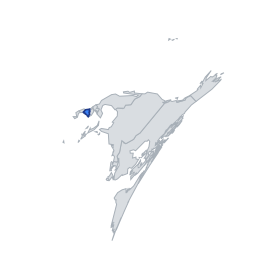 Nicaragua on a map of North America (Albers equal-area conic projection), rotated 125°
{"feature_id": "NIC", "entity_name": "Nicaragua", "entity_type": "country or territory", "adm_level": 0, "iso_a3": "NIC", "parent_name": "North America", "parent_adm1": "", "projection": "albers", "projection_center": [-84.819, 12.872], "detail": "fine", "context": "in_parent", "style": "filled", "palette": "blue", "viewbox_px": 256, "rotation_deg": 125, "n_neighbors": 17, "source": "natural_earth", "source_scale": "50m", "svg_char_len": 9676}
<svg xmlns="http://www.w3.org/2000/svg" viewBox="0 0 256 256"><g transform="rotate(125 128 128)"><path d="M87.1,112.3L83.7,109.9L81.3,109.0L81.1,107.2L77.9,104.3L78.9,102.6L72.5,97.3L69.8,97.7L65.5,95.3L67.2,87.5L72.8,89.3L82.2,90.4L83.6,90.1L86.5,91.3L88.2,91.1L88.3,91.7L91.9,91.9L99.8,93.6L101.5,94.2L99.6,94.3L102.0,94.8L106.5,95.0L107.9,95.6L109.3,95.4L108.0,94.9L108.9,94.7L111.5,94.9L117.5,96.2L121.3,96.3L121.2,95.8L122.4,95.8L124.4,96.1L124.3,96.8L126.8,95.6L124.0,94.7L124.1,94.0L125.6,93.6L128.6,94.1L130.3,94.9L129.2,95.2L131.6,95.4L131.5,96.2L133.3,95.6L134.8,96.1L134.4,96.7L135.7,97.2L138.0,96.0L138.0,95.2L141.8,95.4L143.5,95.7L142.6,96.5L143.4,97.3L137.7,97.7L135.7,99.2L131.3,100.1L126.5,102.5L125.9,104.5L127.8,104.7L129.0,106.5L142.3,108.8L142.6,110.9L145.6,113.3L147.3,111.7L145.6,109.3L150.0,107.1L147.3,104.8L148.8,103.6L147.7,101.3L153.3,101.0L159.0,102.0L159.5,104.1L161.7,104.7L165.6,102.3L170.1,105.4L169.6,106.1L175.7,107.4L178.0,108.7L178.3,110.0L172.6,112.9L164.0,113.7L157.8,118.4L165.9,114.8L167.2,115.3L165.9,116.2L167.0,118.5L168.9,119.1L171.1,118.7L172.4,117.1L173.5,118.4L166.1,122.2L165.0,122.2L164.9,121.1L167.2,119.8L163.4,120.3L162.4,117.8L160.4,117.4L157.4,120.8L152.7,121.0L142.3,125.8L141.3,125.4L142.7,123.2L142.1,120.8L134.1,116.9L129.6,117.1L125.3,115.3L87.1,112.3ZM140.0,101.3L141.0,100.9L142.8,100.9L141.2,101.6L140.0,101.3ZM145.4,93.3L144.0,92.8L149.9,93.1L147.2,93.2L145.4,93.3ZM145.7,102.0L145.3,101.3L146.2,101.5L145.7,102.0ZM127.7,91.9L127.0,92.1L123.7,91.7L126.2,91.5L127.7,91.9ZM127.5,90.6L124.5,90.5L124.2,90.4L126.8,90.5L127.5,90.6ZM121.4,89.8L125.3,90.2L123.1,90.3L121.4,89.8ZM145.3,92.0L129.3,92.0L127.4,91.2L123.3,90.8L130.3,91.1L133.4,91.7L143.6,91.7L145.3,92.0ZM103.6,88.7L107.2,89.1L102.6,88.7L103.6,88.7ZM105.2,88.5L107.5,88.9L103.9,88.6L105.2,88.5ZM178.5,111.0L177.1,113.0L181.7,113.2L181.3,114.2L182.3,113.8L183.0,115.2L182.6,116.4L181.1,116.4L180.8,115.2L179.4,116.5L178.1,115.7L174.0,116.1L176.2,112.0L178.5,111.0ZM137.6,98.4L143.2,99.9L145.1,100.1L141.2,99.8L138.0,100.7L135.8,100.3L137.6,98.4ZM144.2,93.7L147.9,93.2L159.5,94.1L161.9,94.9L159.6,95.4L168.6,96.2L166.1,97.9L162.4,97.0L160.7,97.3L160.6,97.7L165.2,99.4L164.8,100.1L159.9,99.5L163.4,100.9L159.8,100.8L151.9,99.0L147.1,99.3L147.9,98.6L153.0,98.3L154.7,96.8L153.8,96.2L146.5,94.9L134.0,94.8L132.9,94.6L134.3,94.3L132.4,94.3L132.0,93.6L134.4,92.8L137.7,92.7L136.7,93.1L137.7,93.5L142.1,92.7L144.3,93.3L144.2,93.7ZM124.6,92.6L129.2,92.4L131.7,92.6L125.4,93.5L124.6,92.6ZM90.7,87.9L95.6,87.9L99.2,88.4L98.0,88.7L90.7,87.9ZM74.4,104.7L76.2,104.2L75.6,105.4L76.6,106.6L74.4,104.7ZM112.8,89.0L118.7,89.7L120.1,90.1L113.2,89.4L114.4,89.4L112.8,89.0ZM86.1,112.7L83.3,111.9L80.1,108.9L83.5,110.1L86.1,112.7ZM88.0,88.5L97.3,89.9L99.8,90.6L95.1,90.6L93.4,91.1L90.0,90.9L86.5,89.7L89.2,89.0L88.0,88.5ZM107.5,89.7L112.4,90.7L104.1,90.5L102.0,90.1L104.6,90.2L97.2,89.3L100.2,89.0L108.1,90.4L106.4,89.7L107.5,89.7ZM108.8,91.8L112.6,92.3L113.8,93.5L118.0,94.8L115.9,94.7L116.3,95.3L111.7,94.6L102.3,94.2L97.2,92.5L103.5,93.0L96.6,92.0L95.9,91.7L98.9,91.8L94.7,91.1L100.2,90.7L101.5,91.0L100.8,91.2L106.9,91.7L109.0,92.7L109.7,92.5L108.8,91.8ZM119.0,92.8L117.6,92.3L122.9,92.4L122.0,92.8L123.9,93.1L123.7,93.7L121.6,93.8L116.3,92.7L119.0,92.8ZM111.2,91.7L112.9,91.8L113.8,92.0L112.7,92.3L111.2,91.7ZM116.4,90.6L122.5,91.0L122.0,91.6L116.5,91.0L116.4,90.6ZM123.9,89.4L129.3,89.3L137.7,90.1L133.6,90.5L128.7,90.3L127.4,90.1L128.4,89.9L123.9,89.4ZM130.4,89.1L145.9,88.8L167.9,87.7L160.6,88.6L163.3,88.4L156.2,89.4L149.0,89.9L150.7,89.9L149.8,90.0L150.9,90.2L145.4,90.9L147.7,91.1L144.4,91.4L133.0,91.3L135.2,91.0L134.6,90.6L138.7,90.8L135.0,90.4L138.6,90.1L136.3,89.7L142.7,89.6L135.4,89.6L130.4,89.1ZM151.4,96.8L149.1,97.1L148.7,96.8L150.5,96.2L151.4,96.8ZM121.7,94.6L125.0,95.5L124.2,95.7L119.7,95.0L121.7,94.6ZM166.6,113.9L168.9,113.9L170.4,114.6L167.9,114.4L166.6,113.9ZM167.6,117.5L168.1,118.0L170.4,118.0L169.2,118.7L167.4,118.3L167.6,117.5Z" fill="#d9dde1" stroke="#a8b0b8" stroke-width="1"/><path d="M87.1,112.3L125.3,115.3L129.6,117.1L134.1,116.9L142.1,120.8L141.9,125.8L152.7,121.0L157.4,120.8L160.4,117.4L162.4,117.8L163.7,120.7L159.4,122.5L158.5,124.4L159.8,125.3L154.6,126.5L157.1,126.4L154.3,126.8L153.0,129.4L152.1,128.7L152.8,130.2L151.6,132.0L151.0,129.2L151.0,130.7L150.1,130.5L152.0,134.4L144.0,140.8L146.0,147.8L145.6,150.5L143.6,149.5L140.6,143.2L138.5,143.6L136.6,142.4L131.9,142.7L132.2,144.3L124.4,143.6L120.6,146.0L119.9,149.1L117.7,148.1L115.1,143.3L110.7,143.1L107.3,139.0L100.6,139.1L95.5,136.4L92.0,136.2L90.3,133.7L87.4,132.5L83.3,123.5L85.0,116.5L84.5,112.9L86.6,113.4L87.1,114.7L87.1,112.3ZM67.2,87.5L65.5,95.3L69.8,97.7L72.5,97.3L78.9,102.6L78.0,103.7L74.0,99.3L70.7,98.6L66.8,96.4L57.8,92.9L56.3,92.8L56.4,93.5L51.5,93.1L53.4,91.4L48.6,92.1L49.4,92.8L48.0,93.2L42.0,93.9L33.2,92.8L42.0,92.7L44.6,91.4L38.3,89.8L38.0,88.3L34.6,86.7L33.9,85.5L34.6,85.1L36.4,84.6L41.2,85.6L40.5,84.8L41.5,84.7L36.2,83.4L32.6,81.1L37.4,81.9L40.7,83.3L35.0,79.6L35.8,79.5L48.1,81.5L67.2,87.5ZM27.7,81.1L29.2,81.7L31.3,82.8L30.1,82.7L27.7,81.1ZM30.9,144.3L32.7,145.1L31.2,145.7L30.9,144.3ZM30.7,142.0L30.8,142.8L30.5,142.1L30.7,142.0ZM29.9,141.4L30.5,141.9L29.7,141.6L29.9,141.4ZM28.6,140.9L29.3,141.1L29.2,141.2L28.6,140.9ZM26.9,138.9L26.9,139.5L26.5,139.0L26.9,138.9ZM31.9,86.1L34.1,86.7L34.1,87.2L31.9,86.1ZM47.2,93.7L50.5,94.5L47.3,94.3L47.2,93.7Z" fill="#d9dde1" stroke="#a8b0b8" stroke-width="1"/><path d="M159.1,158.8L159.2,161.5L154.9,161.2L158.2,160.5L156.8,158.6L159.1,158.8Z" fill="#d9dde1" stroke="#a8b0b8" stroke-width="1"/><path d="M159.7,162.2L159.2,158.5L164.4,160.3L160.8,160.8L159.7,162.2Z" fill="#d9dde1" stroke="#a8b0b8" stroke-width="1"/><path d="M147.8,148.5L149.3,147.8L149.4,148.2L147.8,148.5ZM149.4,147.5L150.6,148.2L150.4,149.3L150.1,148.3L149.4,147.5ZM148.6,151.4L149.3,150.5L149.9,152.7L148.6,151.4Z" fill="#d9dde1" stroke="#a8b0b8" stroke-width="1"/><path d="M186.8,85.5L196.9,83.6L211.1,80.7L218.8,79.0L205.3,82.3L217.4,79.6L216.1,80.2L225.1,77.6L229.5,76.5L220.0,79.5L222.9,78.8L220.6,79.9L220.7,80.4L222.3,80.3L218.4,81.4L220.7,81.1L221.1,81.5L219.8,81.9L221.5,81.9L216.5,83.7L218.2,84.0L215.1,84.7L218.5,84.4L219.1,84.8L216.9,85.5L214.3,85.5L214.8,85.8L213.4,86.5L218.5,85.4L197.1,93.5L195.7,95.5L193.7,96.6L194.3,97.2L193.3,99.2L186.9,99.4L182.1,97.4L178.8,94.8L182.5,92.3L177.6,93.2L178.0,92.3L181.8,92.0L176.0,91.9L177.4,91.2L172.3,90.1L159.7,90.9L156.0,90.6L161.8,90.1L153.5,90.3L163.1,89.2L163.6,89.0L160.2,89.1L167.4,88.1L166.9,88.0L182.3,86.2L189.6,85.3L186.8,85.5Z" fill="#d9dde1" stroke="#a8b0b8" stroke-width="1"/><path d="M92.0,136.2L95.5,136.4L100.6,139.1L107.3,139.0L110.7,143.1L114.1,142.6L117.7,148.1L120.5,149.1L119.1,154.4L121.9,160.4L124.1,161.6L128.8,160.5L130.6,157.2L135.5,156.4L134.3,161.6L129.4,162.3L128.7,163.2L130.1,165.1L128.1,165.1L127.3,167.5L124.8,165.2L120.6,165.5L110.1,160.6L107.3,157.7L106.8,153.1L98.5,142.5L97.5,139.0L95.0,138.3L101.8,151.7L101.0,152.5L97.9,149.1L97.9,147.1L94.1,144.0L95.6,142.8L92.0,136.2Z" fill="#d9dde1" stroke="#a8b0b8" stroke-width="1"/><path d="M150.9,177.0L150.1,179.4L148.1,176.5L145.3,179.5L142.1,178.1L142.0,175.9L144.4,176.9L148.2,175.6L150.9,177.0Z" fill="#d9dde1" stroke="#a8b0b8" stroke-width="1"/><path d="M142.6,175.7L141.9,177.9L137.6,175.1L137.2,173.6L140.8,173.5L142.6,175.7Z" fill="#d9dde1" stroke="#a8b0b8" stroke-width="1"/><path d="M141.6,166.9L138.8,167.3L135.0,170.2L131.8,167.8L134.1,165.5L138.7,165.3L141.6,166.9Z" fill="#d9dde1" stroke="#a8b0b8" stroke-width="1"/><path d="M131.8,167.8L134.4,168.9L134.1,169.9L130.6,168.9L131.8,167.8Z" fill="#d9dde1" stroke="#a8b0b8" stroke-width="1"/><path d="M127.3,167.5L128.1,165.1L130.1,165.1L128.7,163.2L129.4,162.3L132.2,162.3L132.1,165.4L133.6,165.7L131.8,167.8L130.6,168.9L127.3,167.5Z" fill="#d9dde1" stroke="#a8b0b8" stroke-width="1"/><path d="M132.2,162.3L133.9,161.5L132.5,165.4L132.1,165.4L132.2,162.3Z" fill="#d9dde1" stroke="#a8b0b8" stroke-width="1"/><path d="M166.3,160.3L168.6,160.6L166.2,161.2L166.3,160.3Z" fill="#d9dde1" stroke="#a8b0b8" stroke-width="1"/><path d="M148.9,161.6L151.2,161.2L152.3,162.0L148.9,161.6Z" fill="#d9dde1" stroke="#a8b0b8" stroke-width="1"/><path d="M142.8,153.7L148.8,154.7L155.2,158.1L149.8,158.9L150.8,158.0L148.2,156.2L143.5,154.6L138.7,155.8L142.8,153.7Z" fill="#d9dde1" stroke="#a8b0b8" stroke-width="1"/><path d="M175.4,173.3L176.9,171.9L177.0,173.1L175.4,173.3Z" fill="#d9dde1" stroke="#a8b0b8" stroke-width="1"/><path d="M141.5,166.9L141.5,167.0L141.4,167.0L141.2,167.1L141.2,167.3L141.3,167.3L141.5,168.0L141.4,168.3L141.2,168.5L141.0,169.0L140.9,169.6L141.0,170.3L141.0,170.8L141.0,171.1L140.9,171.1L140.8,170.9L140.9,170.7L140.8,170.8L140.7,170.9L140.6,171.0L140.8,171.2L140.8,171.3L140.7,171.7L140.6,171.8L140.5,172.0L140.8,172.2L140.8,172.4L140.6,172.5L140.5,172.8L140.5,173.2L140.6,173.4L140.7,173.5L140.8,173.5L140.7,173.7L140.5,173.8L140.4,173.8L140.1,173.8L139.9,173.7L139.7,173.4L139.2,173.3L138.8,173.5L138.4,173.3L138.1,173.2L137.8,173.1L137.7,173.1L137.5,173.3L137.3,173.1L137.1,172.9L136.3,172.2L136.0,171.8L135.9,171.5L135.7,171.4L135.3,171.1L135.2,170.9L134.8,170.5L134.4,170.3L134.4,170.2L134.6,170.1L134.8,170.3L135.0,170.2L135.4,170.2L135.5,170.1L135.6,169.9L135.7,169.7L135.8,169.7L136.0,169.6L135.9,169.5L135.9,169.1L135.9,168.9L136.1,168.9L136.5,168.9L136.7,168.7L136.8,168.5L137.0,168.5L137.4,168.8L137.5,168.8L137.5,168.7L137.9,168.4L138.1,168.2L138.3,168.0L138.3,167.9L138.4,167.7L138.5,167.6L138.6,167.4L138.9,167.2L139.0,167.3L139.2,167.5L139.4,167.5L139.5,167.5L139.6,167.4L139.8,167.4L140.0,167.4L140.3,167.3L140.6,167.2L140.8,167.1L141.1,166.9L141.5,166.9Z" fill="#3b82f6" stroke="#1e3a8a" stroke-width="1.5"/></g></svg>